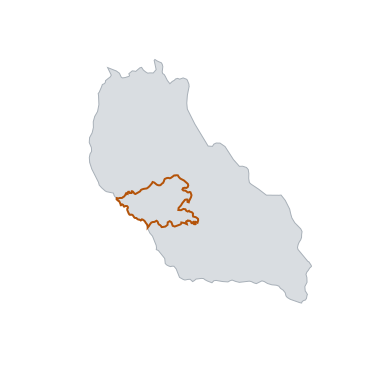 where Bács-Kiskun sits in Hungary, rotated 62°
{"feature_id": "HUN-3161", "entity_name": "Bács-Kiskun", "entity_type": "County", "adm_level": 1, "iso_a3": "HUN", "parent_name": "Hungary", "parent_adm1": "", "projection": "natural_earth1", "projection_center": [19.36, 46.529], "detail": "fine", "context": "in_parent", "style": "outline", "palette": "amber", "viewbox_px": 384, "rotation_deg": 62, "n_neighbors": 0, "source": "natural_earth", "source_scale": "10m", "svg_char_len": 5419}
<svg xmlns="http://www.w3.org/2000/svg" viewBox="0 0 384 384"><g transform="rotate(62 192 192)"><path d="M308.5,121.6L312.7,121.2L312.8,121.2L313.8,121.5L314.5,124.1L314.7,124.3L315.7,126.0L316.7,128.3L318.2,130.0L321.4,130.7L325.7,132.8L328.5,136.8L332.6,138.5L332.9,138.5L333.7,138.3L336.7,138.2L337.3,139.0L339.7,140.9L340.6,142.6L340.2,144.5L340.6,146.5L341.5,147.3L340.5,148.6L332.9,155.6L329.9,157.4L327.9,157.8L324.7,157.0L321.5,157.6L318.6,159.1L315.9,159.5L313.9,161.3L311.4,165.1L308.2,168.3L304.9,170.3L303.3,172.0L303.1,178.2L301.4,179.9L298.9,181.7L297.6,183.3L294.0,192.6L291.3,195.6L288.6,197.9L288.2,200.0L288.3,202.4L285.3,207.2L281.4,212.2L280.6,214.3L281.5,217.0L277.8,220.2L275.6,221.7L273.8,222.5L272.6,224.5L270.8,229.3L271.3,231.5L271.4,233.5L268.2,234.6L267.2,236.8L266.4,239.6L265.1,240.8L261.5,243.1L252.5,242.1L249.1,242.8L248.1,244.5L247.9,245.8L246.8,247.0L244.7,248.5L242.6,249.2L237.9,247.3L227.8,249.2L226.1,250.6L224.7,249.6L222.5,248.7L212.4,247.6L208.4,248.5L203.1,248.2L198.2,247.2L194.5,248.0L191.3,251.8L189.7,253.1L188.4,253.9L185.6,255.1L183.3,256.6L180.2,257.6L177.4,257.5L174.8,255.8L173.9,256.2L173.1,257.7L171.6,259.0L167.7,260.6L166.7,260.6L163.5,261.7L158.6,262.4L156.1,261.9L151.6,267.3L150.2,268.2L145.9,269.8L142.4,270.7L139.4,270.0L138.2,270.0L124.8,269.7L117.9,268.5L113.4,266.5L110.5,264.1L109.0,261.6L105.6,260.0L100.1,259.5L95.9,256.9L92.9,252.4L88.8,248.8L83.6,246.2L79.6,242.4L76.6,237.6L71.2,233.2L63.3,229.4L60.9,228.5L60.5,227.3L56.7,222.5L55.0,220.7L55.2,218.4L54.5,217.0L53.1,216.1L52.4,212.6L52.0,210.1L50.9,208.4L42.5,208.1L49.6,202.0L53.1,200.3L57.2,200.6L58.5,200.0L58.9,199.1L59.6,197.2L59.9,195.3L60.3,193.5L59.9,192.5L57.9,192.2L57.0,187.9L58.1,186.2L59.1,185.1L57.9,179.8L58.3,178.0L61.5,177.7L64.1,176.6L66.3,175.3L66.9,173.6L68.7,170.3L67.1,166.2L58.0,163.6L57.6,162.5L59.7,161.4L62.0,159.7L63.3,158.5L65.1,158.3L67.6,158.9L71.9,161.9L73.6,162.3L75.3,161.4L77.0,161.3L81.9,161.4L86.0,160.7L85.1,157.5L85.1,155.3L84.5,153.4L84.9,151.4L86.6,149.9L87.1,146.3L89.7,144.0L90.9,143.6L95.4,144.1L96.5,144.7L97.2,144.8L104.3,150.6L111.1,154.9L116.6,157.2L124.8,157.4L133.5,157.6L148.1,156.8L159.0,156.2L159.7,155.1L161.3,152.5L160.0,150.3L160.1,147.7L162.0,144.3L167.4,141.5L182.8,140.2L191.6,138.1L193.0,135.2L195.9,132.4L198.6,131.8L202.3,133.1L206.7,135.6L210.6,136.9L212.9,136.1L220.7,131.9L229.7,127.8L235.8,116.6L236.5,114.8L243.2,113.6L252.9,113.8L258.0,115.2L261.8,116.0L267.4,115.7L275.5,113.3L278.6,113.4L280.9,115.1L283.5,116.6L285.2,118.4L286.6,120.9L287.3,121.8L288.4,123.1L290.5,124.9L292.5,125.4L307.6,122.3L308.5,121.6Z" fill="#d9dde1" stroke="#a8b0b8" stroke-width="1"/><path d="M202.6,247.8L201.6,247.2L200.7,247.0L199.7,246.9L197.1,247.4L196.2,247.3L195.4,247.5L194.3,247.9L193.2,248.5L192.6,249.1L192.7,249.6L193.0,250.1L193.1,250.6L192.0,251.2L191.6,251.5L191.4,252.0L191.1,252.3L190.4,252.9L190.0,253.0L189.5,253.1L188.9,253.3L188.6,253.8L188.2,254.4L187.8,254.8L187.0,255.0L185.4,255.1L184.6,255.2L184.2,255.5L183.7,255.8L183.4,256.5L183.2,257.2L182.7,257.8L181.4,258.0L177.5,257.6L176.5,257.1L175.9,256.0L174.9,255.7L173.9,256.0L173.2,257.1L173.1,258.8L172.3,259.0L171.2,258.8L170.1,259.5L170.0,259.9L170.0,260.1L170.3,260.6L170.4,260.8L170.4,261.0L170.1,261.1L169.3,260.8L166.6,260.6L165.9,260.6L165.5,261.1L165.0,261.3L164.1,261.6L163.3,262.0L163.0,262.0L162.1,261.2L163.1,260.1L163.4,258.4L164.1,257.3L164.4,256.1L164.1,255.3L164.1,253.9L163.3,252.5L163.3,251.7L163.1,251.1L162.3,251.0L161.4,251.1L162.5,250.6L163.4,249.8L162.4,249.3L161.9,248.2L162.2,247.6L162.9,247.9L163.6,247.6L164.5,245.8L164.2,245.1L163.6,245.3L163.1,245.1L163.0,244.8L163.2,244.5L163.9,244.0L166.5,243.5L167.2,242.9L167.1,238.1L167.0,237.4L166.3,236.3L166.2,235.4L166.5,233.4L167.6,230.3L167.4,228.6L166.9,226.7L165.6,223.4L164.7,222.1L165.9,220.9L168.9,219.7L170.2,218.6L170.8,217.6L171.1,216.8L171.0,216.0L170.5,214.7L170.5,214.2L170.4,213.6L170.3,213.0L170.1,212.8L169.9,212.6L169.2,211.6L168.8,211.3L168.1,210.5L167.8,210.1L167.7,209.7L167.8,208.9L167.8,208.0L168.0,207.3L168.3,206.5L168.8,205.8L169.2,205.5L169.5,205.1L169.6,204.0L169.3,201.7L169.1,200.7L169.0,200.1L169.1,199.7L169.4,199.4L169.6,199.1L169.6,198.5L170.6,196.7L172.7,196.6L174.7,196.0L178.0,193.7L182.8,191.9L184.4,192.2L185.6,193.4L185.8,195.0L184.8,196.5L184.4,198.1L185.3,199.3L186.6,198.9L187.6,197.3L188.8,196.6L190.2,196.1L190.7,195.3L190.8,194.2L191.5,193.5L194.5,193.9L196.1,195.3L198.6,198.8L199.6,199.7L198.7,200.6L196.5,199.6L195.9,200.6L195.6,201.9L196.4,203.7L197.3,205.8L198.7,208.1L199.8,211.3L201.5,212.5L202.9,210.2L202.9,207.6L204.2,205.9L205.8,205.9L207.2,205.0L207.2,203.5L208.1,203.4L208.9,202.5L210.1,201.5L211.5,201.2L212.8,202.1L214.2,202.5L216.0,200.5L217.3,199.8L218.6,199.3L220.1,200.0L221.7,201.6L220.2,202.6L219.9,203.0L220.2,203.5L220.8,203.7L221.5,203.8L222.0,203.9L222.0,204.3L221.3,205.3L220.9,205.3L220.0,204.7L219.1,204.6L219.1,205.5L219.9,206.0L219.3,207.0L218.0,206.9L216.5,207.4L215.5,208.7L215.8,208.8L215.2,210.2L215.3,211.0L216.0,211.5L216.8,211.3L218.0,211.6L215.8,213.3L213.9,215.7L214.8,216.3L215.2,217.3L214.4,223.4L212.8,224.9L209.0,224.4L207.3,225.4L207.4,227.7L209.5,229.0L210.0,231.7L209.2,234.2L208.7,235.3L207.7,235.3L206.3,235.7L205.1,236.5L203.8,236.6L202.6,236.3L201.6,236.4L200.7,236.9L200.8,238.3L200.7,239.5L200.1,240.7L199.9,242.3L200.8,244.3L201.9,246.1L202.6,247.8Z" fill="none" stroke="#b45309" stroke-width="2"/></g></svg>